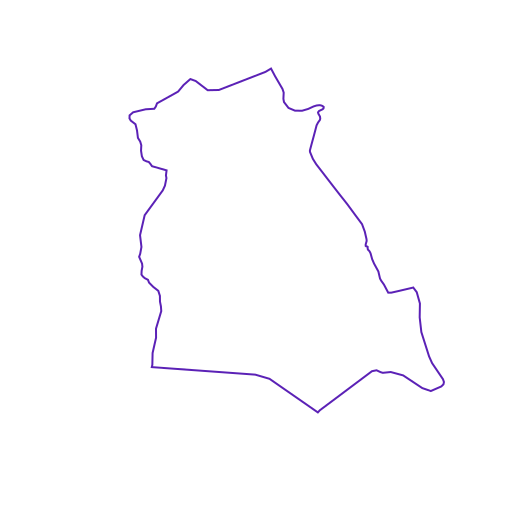 map outline of South Khorasan (orthographic projection), rotated 339°
{"feature_id": "IRN-3244", "entity_name": "South Khorasan", "entity_type": "Province", "adm_level": 1, "iso_a3": "IRN", "parent_name": "Iran", "parent_adm1": "", "projection": "orthographic", "projection_center": [59.888, 32.335], "detail": "fine", "context": "isolated", "style": "outline", "palette": "violet", "viewbox_px": 512, "rotation_deg": 339, "n_neighbors": 0, "source": "natural_earth", "source_scale": "10m", "svg_char_len": 1897}
<svg xmlns="http://www.w3.org/2000/svg" viewBox="0 0 512 512"><g transform="rotate(339 256 256)"><path d="M337.2,86.4L338.2,94.8L340.6,109.6L340.4,113.4L337.9,119.1L337.3,122.3L339.4,129.4L344.5,134.3L351.1,136.9L357.4,137.4L363.4,137.0L366.5,137.2L369.2,137.9L370.5,138.6L371.9,139.8L372.6,141.2L372.5,141.3L371.9,142.4L370.7,142.9L366.9,143.2L365.4,144.1L365.2,145.5L365.5,147.2L365.7,148.8L365.2,150.8L364.4,151.9L361.8,153.6L359.4,155.7L356.4,159.9L352.5,165.3L348.1,171.3L344.2,176.7L343.7,178.1L343.9,185.7L345.1,191.9L347.5,199.9L350.3,209.3L353.2,219.0L356.3,229.2L359.8,240.4L363.5,253.9L366.4,264.3L366.3,272.2L365.2,279.9L364.7,281.6L362.6,284.4L362.0,285.9L362.3,286.4L363.0,286.8L363.5,287.4L362.8,289.5L362.9,290.5L363.4,291.5L363.7,292.5L363.9,294.6L363.3,300.6L363.5,305.4L364.7,314.3L363.7,321.5L364.0,323.8L365.2,328.5L366.3,337.6L369.1,338.7L377.4,339.9L391.4,341.8L391.5,341.8L393.1,347.4L392.0,359.1L386.8,372.0L383.1,386.3L381.6,411.7L382.0,419.1L386.4,438.0L386.3,441.0L385.0,443.0L382.2,444.2L370.8,444.7L363.9,438.9L350.6,420.2L340.2,412.6L332.5,410.5L330.6,409.0L327.6,405.9L323.0,405.1L260.3,422.9L257.7,424.2L224.6,375.5L212.8,366.5L118.9,322.4L120.2,320.5L124.7,309.5L133.4,296.5L136.6,288.0L147.8,273.5L149.2,268.9L150.0,264.2L152.0,258.8L152.3,253.5L149.0,248.0L146.6,242.5L146.6,239.5L144.2,236.8L143.0,234.5L142.4,232.3L143.9,228.9L146.1,225.3L146.9,222.3L146.6,214.9L148.7,212.4L152.3,206.5L155.2,195.0L166.7,178.0L192.5,161.3L196.2,157.7L200.3,151.2L200.8,148.5L203.2,144.0L191.1,134.9L190.4,132.1L189.6,129.8L187.7,128.4L185.5,126.1L185.2,122.0L186.4,116.5L188.6,111.5L188.9,107.7L188.1,103.4L189.9,96.2L190.7,89.8L187.6,84.7L187.2,82.2L188.4,79.4L192.8,77.8L205.6,79.5L213.8,82.1L216.0,80.6L218.3,78.0L242.2,74.6L249.7,70.4L258.1,67.3L262.4,71.0L270.3,83.9L280.8,87.7L330.9,87.5L337.2,86.4L337.2,86.4Z" fill="none" stroke="#5b21b6" stroke-width="2"/></g></svg>